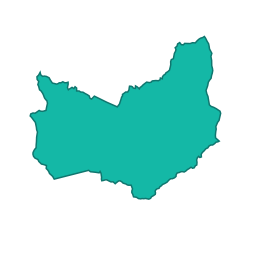 outline of Presidente Kennedy, Tocantins, Brazil, rotated 347°
{"feature_id": "56859067B50751334573389", "entity_name": "Presidente Kennedy", "entity_type": "district", "adm_level": 2, "iso_a3": "BRA", "parent_name": "Brazil", "parent_adm1": "Tocantins", "projection": "natural_earth1", "projection_center": [-48.462, -8.464], "detail": "fine", "context": "isolated", "style": "filled", "palette": "teal", "viewbox_px": 256, "rotation_deg": 347, "n_neighbors": 0, "source": "geoboundaries", "source_scale": "gbopen_adm2", "svg_char_len": 3210}
<svg xmlns="http://www.w3.org/2000/svg" viewBox="0 0 256 256"><g transform="rotate(347 128 128)"><path d="M46.7,92.0L45.4,90.9L40.9,92.7L38.7,92.0L36.4,92.4L35.4,94.3L36.4,95.9L37.9,99.3L39.0,101.7L38.9,106.6L38.6,109.1L38.9,111.5L36.9,116.4L35.7,120.8L34.7,123.9L34.0,126.6L32.8,127.4L31.5,128.6L30.0,130.5L29.5,132.1L29.6,134.4L30.6,136.4L33.1,138.4L33.6,140.6L35.5,143.6L37.5,144.6L40.1,146.2L39.2,149.1L40.3,150.8L41.0,152.7L41.3,154.7L42.7,156.7L43.7,158.2L44.6,161.2L80.2,160.4L81.6,162.2L84.3,163.1L86.3,163.8L89.8,165.2L91.0,164.1L91.5,166.1L91.2,170.1L90.6,171.9L90.6,173.5L92.4,173.6L94.1,173.4L95.6,173.7L97.5,175.3L99.3,176.7L101.4,177.1L103.0,179.4L104.5,178.6L106.9,177.5L108.4,177.7L109.8,179.0L110.8,180.6L113.4,182.1L114.5,183.3L115.8,183.9L118.2,184.4L118.7,188.3L117.6,190.2L117.2,191.9L117.7,193.5L117.9,196.3L120.7,197.4L122.3,199.1L124.4,199.9L125.9,199.9L127.3,200.4L129.3,200.6L132.3,202.0L134.2,201.6L135.4,200.3L137.4,199.7L139.6,198.8L140.2,197.4L140.2,195.7L141.3,194.4L142.7,193.8L144.6,193.8L146.0,192.3L147.6,191.8L148.9,190.8L151.1,190.4L153.8,189.6L156.2,187.9L158.1,187.0L159.8,187.4L162.1,187.0L163.9,186.0L164.4,184.3L165.8,182.9L168.0,182.9L169.7,182.5L171.4,182.8L172.8,183.5L174.5,183.0L176.5,181.9L178.7,181.2L180.6,180.4L181.8,181.7L183.5,181.7L185.2,179.9L186.7,179.5L187.5,177.0L187.7,174.5L188.8,172.7L190.4,171.5L191.4,172.9L193.0,172.7L193.4,170.1L194.9,168.6L197.3,167.2L199.0,165.8L201.3,165.3L202.7,163.9L204.7,163.2L206.7,163.6L208.9,162.7L210.6,161.6L212.5,161.7L213.9,161.3L211.1,157.3L211.5,154.8L212.7,151.2L213.7,148.9L213.9,146.4L216.6,142.6L218.4,141.1L219.9,138.0L221.6,134.5L221.4,132.3L218.3,129.0L216.1,127.1L213.9,125.7L212.5,123.8L212.7,120.0L213.0,115.2L212.5,112.5L212.5,108.9L215.1,104.8L216.6,101.4L218.4,99.6L220.1,98.3L221.2,95.7L222.4,93.6L223.5,91.1L223.7,88.9L223.6,86.2L224.7,80.9L224.9,76.9L226.5,74.1L225.2,69.3L225.4,67.0L225.5,64.1L224.6,61.4L223.8,58.0L223.0,56.0L221.1,56.7L218.9,56.8L217.1,57.4L215.1,58.5L212.7,60.2L210.0,59.4L207.6,59.7L204.8,59.0L202.3,58.3L200.6,59.4L198.7,58.8L197.6,56.4L195.3,57.2L194.1,59.3L192.0,60.4L192.4,62.3L191.5,64.0L190.0,65.7L187.8,70.7L185.6,71.1L184.5,72.9L183.9,75.9L182.9,78.1L181.4,81.0L179.4,82.1L177.5,82.7L176.1,84.1L174.5,84.6L173.1,85.9L172.5,87.7L170.8,86.6L170.1,88.2L168.2,88.8L165.8,88.0L162.2,87.6L160.9,88.5L159.1,88.6L156.5,87.5L152.5,89.3L150.5,90.6L148.9,91.2L147.8,92.4L146.3,90.1L144.8,88.7L144.1,91.1L142.2,90.4L141.6,88.9L140.4,88.0L138.9,87.6L138.2,89.2L137.5,91.1L135.8,92.9L133.9,92.4L131.9,93.3L130.2,94.0L129.8,95.6L128.7,96.5L127.8,98.2L125.1,102.7L122.3,105.0L113.2,98.2L102.4,89.4L99.0,91.6L97.6,90.4L97.4,88.0L95.9,86.4L93.9,84.7L92.2,83.0L89.9,82.3L88.8,81.0L86.3,80.3L86.9,77.5L85.7,75.9L84.1,77.4L82.6,75.8L78.5,77.3L78.1,75.0L79.5,71.9L79.9,69.9L77.9,70.0L76.4,69.6L74.9,68.3L72.7,68.9L71.2,68.5L69.6,69.1L68.1,69.1L66.7,68.3L64.4,67.2L63.1,63.8L62.4,61.3L60.1,59.4L58.2,58.6L56.4,58.5L54.9,56.5L54.9,54.0L52.8,56.4L50.8,57.6L50.4,60.3L51.5,62.5L49.9,65.5L50.3,67.2L50.4,70.9L51.6,72.3L52.6,74.9L53.0,76.7L53.4,79.8L54.2,81.8L55.1,83.2L55.1,85.8L53.1,90.0L52.1,92.4L50.6,92.5L48.8,92.6L46.7,92.0Z" fill="#14b8a6" stroke="#0f766e" stroke-width="1.5"/></g></svg>